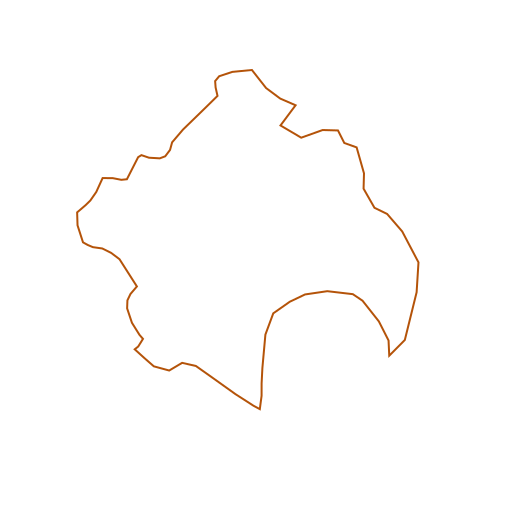 Aparan, Aragatsotn, Armenia, rotated 217°
{"feature_id": "60910142B24398064358577", "entity_name": "Aparan", "entity_type": "district", "adm_level": 2, "iso_a3": "ARM", "parent_name": "Armenia", "parent_adm1": "Aragatsotn", "projection": "equal_earth", "projection_center": [44.404, 40.525], "detail": "fine", "context": "isolated", "style": "outline", "palette": "amber", "viewbox_px": 512, "rotation_deg": 217, "n_neighbors": 0, "source": "geoboundaries", "source_scale": "gbopen_adm2", "svg_char_len": 1158}
<svg xmlns="http://www.w3.org/2000/svg" viewBox="0 0 512 512"><g transform="rotate(217 256 256)"><path d="M296.7,108.5L283.6,107.3L271.2,106.4L256.4,112.3L250.7,126.2L237.8,132.0L217.3,132.6L189.5,133.3L168.0,134.9L160.8,136.0L167.4,147.7L174.9,157.7L183.5,170.4L201.2,198.9L207.7,220.6L201.5,239.8L193.7,254.8L177.9,270.8L155.7,283.8L144.0,284.4L118.5,277.7L99.3,268.3L89.6,256.6L88.4,265.3L86.6,278.5L105.9,323.7L122.4,348.7L154.0,363.6L176.6,368.5L190.4,365.8L210.6,374.5L219.5,387.0L241.0,403.3L253.5,399.4L266.1,405.6L278.6,396.7L291.1,377.7L315.0,375.0L315.1,393.9L315.1,400.2L331.4,396.3L349.0,396.2L371.2,402.1L385.7,388.8L393.6,377.4L393.9,371.1L389.7,366.3L383.1,360.7L385.7,343.3L390.4,313.0L391.4,296.3L388.5,289.0L388.5,281.0L391.6,276.1L400.6,270.1L408.2,267.6L409.1,265.3L409.6,264.0L405.3,239.6L409.4,235.8L417.4,231.9L425.4,225.9L422.1,211.0L421.7,200.6L422.7,194.0L425.1,183.2L417.0,173.1L402.4,162.8L397.2,163.5L391.6,164.9L383.3,169.5L373.6,171.3L363.1,171.3L332.8,160.0L333.4,150.1L332.0,143.2L327.4,136.6L314.9,128.0L301.6,122.9L296.4,121.8L296.2,119.8L295.6,112.8L296.7,108.5Z" fill="none" stroke="#b45309" stroke-width="2"/></g></svg>